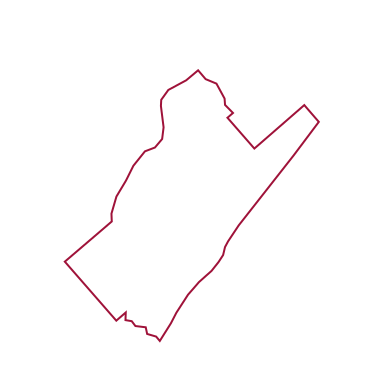 the district of St. Johns, Florida, United States of America, rotated 50°
{"feature_id": "52423323B76675634203570", "entity_name": "St. Johns", "entity_type": "district", "adm_level": 2, "iso_a3": "USA", "parent_name": "United States of America", "parent_adm1": "Florida", "projection": "orthographic", "projection_center": [-81.441, 29.938], "detail": "fine", "context": "isolated", "style": "outline", "palette": "rose", "viewbox_px": 384, "rotation_deg": 50, "n_neighbors": 0, "source": "geoboundaries", "source_scale": "gbopen_adm2", "svg_char_len": 772}
<svg xmlns="http://www.w3.org/2000/svg" viewBox="0 0 384 384"><g transform="rotate(50 192 192)"><path d="M102.7,109.1L102.7,124.7L98.6,144.5L101.6,156.3L106.1,160.5L124.2,172.2L132.2,180.8L134.1,191.8L130.6,201.9L134.2,220.0L140.3,234.0L141.1,236.0L146.9,252.8L156.8,267.6L163.0,272.4L163.2,289.5L163.6,334.2L241.9,332.7L241.7,320.2L247.4,325.3L252.2,321.2L258.3,321.5L265.9,314.4L271.9,317.6L279.7,312.4L285.4,312.4L279.0,292.5L274.4,281.5L268.1,261.0L266.0,247.6L265.6,245.3L265.5,244.7L265.2,235.4L265.0,227.8L262.7,216.6L260.3,208.7L255.4,202.1L253.0,196.1L247.6,177.7L229.3,90.6L219.8,49.8L200.0,50.1L197.6,50.1L198.8,116.3L157.9,117.1L157.8,109.8L146.5,110.7L141.4,107.0L124.7,103.6L114.3,109.0L102.7,109.1Z" fill="none" stroke="#9f1239" stroke-width="2"/></g></svg>